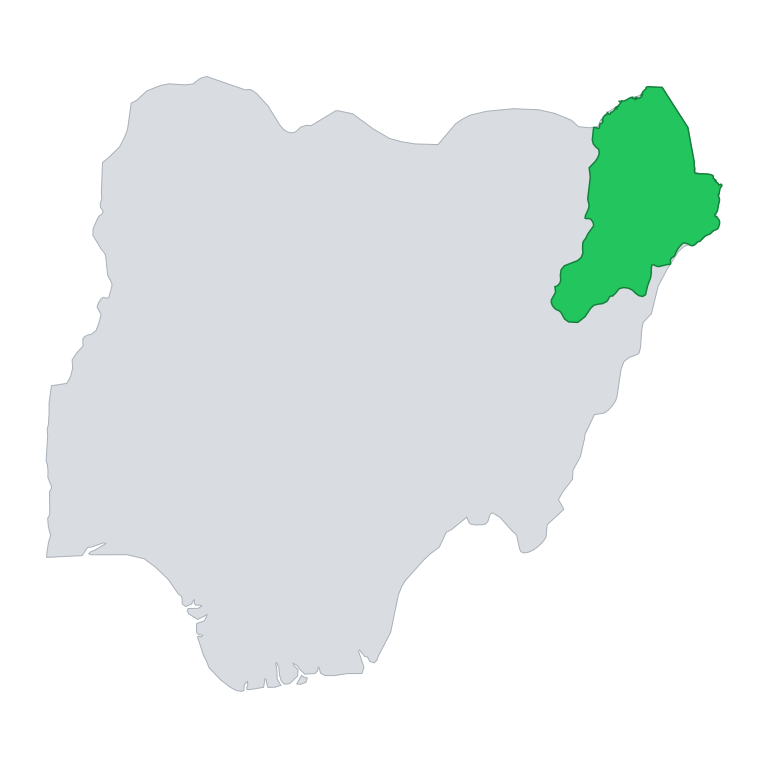 Borno on a map of Nigeria (Robinson projection)
{"feature_id": "NGA-2839", "entity_name": "Borno", "entity_type": "State", "adm_level": 1, "iso_a3": "NGA", "parent_name": "Nigeria", "parent_adm1": "", "projection": "robinson", "projection_center": [13.296, 11.875], "detail": "fine", "context": "in_parent", "style": "filled", "palette": "green", "viewbox_px": 768, "rotation_deg": 0, "n_neighbors": 0, "source": "natural_earth", "source_scale": "10m", "svg_char_len": 7097}
<svg xmlns="http://www.w3.org/2000/svg" viewBox="0 0 768 768"><path d="M662.1,87.4L687.8,127.5L693.2,157.3L695.4,172.0L699.6,173.7L707.6,174.5L713.4,177.5L716.9,182.4L719.1,186.9L719.5,189.6L717.9,207.5L715.9,214.0L717.0,222.8L716.7,226.5L715.8,229.1L712.2,232.1L707.3,235.0L695.7,243.5L692.4,244.7L687.5,245.0L683.3,247.1L678.2,251.7L667.4,268.8L658.2,286.0L651.4,313.8L643.2,322.4L641.7,330.1L640.5,347.5L639.2,352.7L637.9,354.2L629.1,357.5L624.0,361.5L621.0,369.4L617.1,396.1L615.7,400.5L612.8,405.1L608.4,410.1L604.5,412.9L594.4,414.7L584.8,434.8L584.6,438.3L580.4,456.6L573.0,470.3L572.5,479.2L563.2,491.3L558.4,499.5L563.3,508.1L563.7,509.5L547.8,524.1L546.9,526.3L546.2,536.4L544.9,539.1L542.0,542.8L537.7,546.8L533.4,550.0L528.4,552.2L523.7,553.0L521.0,551.7L519.5,548.7L516.9,536.3L515.5,533.7L512.5,531.3L500.3,517.7L492.9,512.9L491.3,513.3L490.0,514.6L487.9,521.4L485.8,523.9L481.9,524.8L475.2,524.9L470.2,523.9L469.1,522.6L466.7,517.2L451.5,529.6L446.2,532.3L439.4,547.0L429.8,554.2L423.2,560.6L405.4,580.5L401.8,586.3L398.3,595.1L390.6,632.5L378.4,655.8L376.7,660.8L376.1,660.6L374.4,662.8L369.7,661.4L367.6,657.1L364.7,656.4L359.6,650.0L358.5,651.1L363.9,667.2L361.9,673.5L346.9,673.6L334.0,675.7L325.2,675.5L320.7,673.3L318.8,667.2L318.0,667.8L317.6,671.1L314.8,673.6L304.8,674.1L300.5,670.0L296.9,665.4L293.1,663.3L293.7,665.3L298.1,669.8L297.5,676.2L289.5,683.7L284.4,684.2L281.3,680.9L279.7,675.7L278.9,667.9L276.8,662.8L275.7,662.8L277.0,671.2L277.1,679.1L280.9,685.3L275.0,687.2L268.0,687.4L267.1,685.1L266.2,680.0L265.0,678.7L263.6,687.3L249.2,689.7L247.1,689.4L246.7,687.8L247.8,685.4L247.5,681.5L244.4,684.5L243.8,690.5L242.0,691.4L236.5,690.6L230.6,687.5L220.8,680.0L209.0,667.7L207.0,662.2L203.6,655.5L197.5,636.9L198.6,636.0L201.4,637.0L202.7,635.3L197.8,634.0L196.7,632.6L196.4,628.5L196.7,623.5L204.2,620.9L206.0,617.8L207.0,614.7L197.7,619.4L189.0,614.1L187.2,610.9L188.1,608.5L198.2,608.3L201.8,605.9L199.6,605.1L195.7,605.2L194.3,603.6L194.5,599.8L193.2,600.6L191.6,604.0L185.7,606.5L182.3,604.0L182.0,598.5L181.3,596.0L178.4,594.0L168.2,579.4L155.4,567.1L144.1,558.7L126.8,554.7L90.7,554.8L88.7,553.7L90.9,551.7L94.1,550.5L105.8,543.6L103.8,542.7L91.7,547.0L87.6,547.4L82.2,555.6L46.7,557.4L46.8,553.6L48.4,542.9L50.6,535.4L48.3,526.4L47.7,518.2L49.2,515.7L49.8,512.6L49.5,491.7L51.4,488.6L51.5,486.4L47.9,477.5L48.0,470.6L47.3,464.0L46.1,461.0L47.7,435.4L47.2,429.1L48.4,424.6L49.1,413.5L49.1,402.7L51.5,385.7L66.8,383.4L70.5,376.7L72.7,368.3L72.1,359.9L77.0,352.6L83.0,346.1L82.8,338.9L84.5,336.7L87.3,335.1L91.4,334.2L95.9,330.7L98.5,324.4L101.1,314.5L97.2,307.5L97.3,306.0L98.8,302.3L101.3,298.5L103.2,297.3L107.6,298.3L109.0,296.8L112.0,285.8L111.7,282.8L107.7,275.5L105.6,255.6L104.4,253.0L101.3,249.3L92.9,235.3L93.1,228.7L96.8,220.2L99.1,216.0L102.4,213.8L103.1,211.8L102.1,209.4L100.5,207.6L100.2,203.8L101.8,198.5L101.4,192.6L102.5,162.6L109.5,156.7L119.6,146.9L124.8,136.7L127.6,129.0L131.2,103.2L136.5,100.4L146.7,91.0L160.4,85.5L169.3,83.8L184.8,84.9L192.8,84.0L199.5,78.9L202.6,77.5L206.8,76.6L245.6,90.0L249.1,89.4L252.1,90.3L256.9,93.8L268.3,106.3L280.2,125.6L283.9,129.7L287.6,132.0L291.4,132.8L294.3,132.5L297.1,130.6L300.9,127.0L306.6,125.3L311.2,125.6L335.5,110.9L337.9,110.7L352.7,113.8L372.9,128.7L389.4,138.4L401.0,141.6L414.7,143.9L438.0,144.6L455.6,123.8L462.2,119.3L470.0,115.2L486.4,111.3L513.5,108.7L538.9,109.8L554.7,113.4L571.4,120.2L578.5,126.7L589.8,127.8L597.9,126.5L600.6,120.1L608.7,111.6L620.9,103.7L630.8,98.3L639.0,95.8L646.3,89.5L652.0,87.5L662.1,87.4ZM305.8,682.4L300.3,684.4L296.7,683.9L301.6,675.4L304.1,677.2L307.3,678.0L305.8,682.4Z" fill="#d9dde1" stroke="#a8b0b8" stroke-width="1"/><path d="M662.2,87.4L675.0,107.4L687.9,127.5L691.0,144.6L694.2,161.6L694.3,166.6L694.4,166.9L694.7,167.9L694.7,169.2L694.3,171.1L694.4,171.9L694.9,172.8L695.6,173.4L696.5,173.6L708.0,174.0L711.6,174.9L713.2,175.9L713.3,176.5L713.1,177.4L713.2,178.0L713.6,178.5L715.2,179.9L715.9,180.2L715.9,180.7L715.6,180.8L715.1,181.1L716.2,182.0L717.3,182.7L718.2,183.5L718.6,184.8L718.9,185.1L719.6,184.8L720.4,184.4L720.9,184.2L721.6,184.6L721.8,185.2L721.9,185.9L720.8,187.1L720.7,187.5L720.4,187.9L720.1,188.6L719.1,193.2L719.2,193.9L718.2,194.6L718.4,195.9L719.4,198.6L719.5,199.3L719.5,199.8L719.3,201.9L718.7,204.0L717.5,210.5L717.1,211.6L715.0,214.6L714.8,215.2L714.8,215.7L715.4,216.5L715.6,216.6L716.5,216.6L717.0,216.9L717.2,217.3L717.4,217.7L717.7,218.2L718.6,219.2L719.2,220.3L719.6,221.6L719.6,223.2L719.4,224.6L718.9,226.1L718.4,227.7L717.7,228.8L716.7,229.4L713.8,230.6L712.6,231.4L710.6,233.5L709.4,234.3L706.1,235.5L705.0,236.1L700.0,241.3L699.6,241.5L698.0,241.7L697.4,242.1L695.8,243.9L694.8,244.7L693.6,245.4L692.4,245.7L691.2,245.6L687.3,243.7L685.0,243.0L683.3,243.0L681.1,244.9L679.0,247.3L677.2,250.0L675.8,252.7L674.9,255.2L674.2,256.2L672.0,257.6L671.1,258.5L670.5,259.6L670.3,260.9L670.6,263.3L670.2,264.3L667.0,264.6L658.8,266.6L656.9,266.3L655.1,265.6L654.5,265.0L653.7,264.8L651.8,265.1L651.3,268.8L651.3,273.2L650.6,277.6L647.5,286.2L645.5,294.8L642.6,296.5L638.8,295.6L635.5,293.2L632.4,290.1L628.5,288.2L623.7,287.5L619.1,288.7L616.0,292.7L612.7,296.0L610.6,296.1L609.2,297.3L608.2,299.6L606.6,301.6L602.6,303.6L598.0,304.2L593.9,305.2L590.7,308.3L584.9,316.8L577.7,322.4L568.6,321.9L564.6,319.0L560.8,312.2L558.8,310.6L556.3,309.6L554.2,307.9L552.4,305.5L551.3,302.6L551.4,299.8L555.6,292.2L554.9,286.7L557.1,286.0L558.8,284.4L560.1,282.5L560.7,280.3L560.4,274.9L561.1,269.8L564.3,265.8L577.6,260.6L581.1,257.6L582.9,253.2L582.6,247.9L582.9,242.4L584.1,240.4L585.6,238.5L587.9,233.8L593.6,225.9L593.4,223.6L592.4,221.3L590.7,219.2L588.4,218.4L586.5,218.7L585.1,218.2L585.4,215.7L588.7,208.1L589.1,205.3L587.7,198.9L590.3,177.4L589.2,167.8L595.4,161.2L597.9,157.4L599.3,153.5L598.8,149.5L595.8,147.0L593.3,143.9L592.3,139.9L593.6,127.6L595.2,127.5L596.5,127.8L597.5,128.2L598.5,128.4L599.2,128.0L599.5,127.2L600.0,123.8L600.2,123.6L601.5,123.3L601.9,123.2L602.4,122.6L602.7,121.9L603.0,120.5L602.1,120.1L602.5,119.2L603.3,118.0L603.4,116.9L605.5,114.8L605.8,114.6L606.0,114.9L606.4,114.8L606.7,114.5L607.1,114.0L607.2,113.7L607.3,112.6L607.9,113.1L608.4,113.7L608.9,114.1L609.8,114.3L610.3,114.0L610.7,112.5L611.3,112.2L612.6,111.9L613.5,111.1L615.0,109.1L615.3,108.0L615.6,107.7L615.9,108.0L616.2,108.4L616.3,108.7L617.1,108.6L617.1,108.4L616.8,107.9L616.5,107.1L616.7,106.9L617.4,106.6L617.7,106.4L617.8,106.4L618.3,106.5L618.5,106.4L618.5,105.8L618.5,105.6L620.1,103.6L620.8,102.9L620.4,102.4L620.1,102.0L619.7,101.8L619.2,101.6L619.2,101.2L620.1,101.4L620.8,101.8L621.3,101.8L621.6,100.7L623.1,101.1L624.7,100.8L629.7,98.0L631.2,97.4L632.7,97.2L632.7,97.6L632.4,98.2L633.0,98.5L634.1,98.4L635.0,98.1L635.0,98.3L635.0,99.0L635.4,98.6L635.8,97.5L636.2,97.2L636.7,97.3L636.8,97.9L636.7,98.5L636.5,99.0L638.0,98.3L639.5,97.9L640.9,97.4L641.9,95.9L641.1,95.8L641.0,95.5L641.5,94.6L641.8,94.5L642.2,94.5L642.5,94.4L642.7,93.9L642.6,93.6L642.3,93.1L642.3,92.8L642.6,92.2L643.0,91.6L645.3,89.3L646.1,88.6L646.1,87.5L646.6,87.0L648.2,86.7L648.3,86.7L662.2,87.4Z" fill="#22c55e" stroke="#15803d" stroke-width="1.5"/></svg>